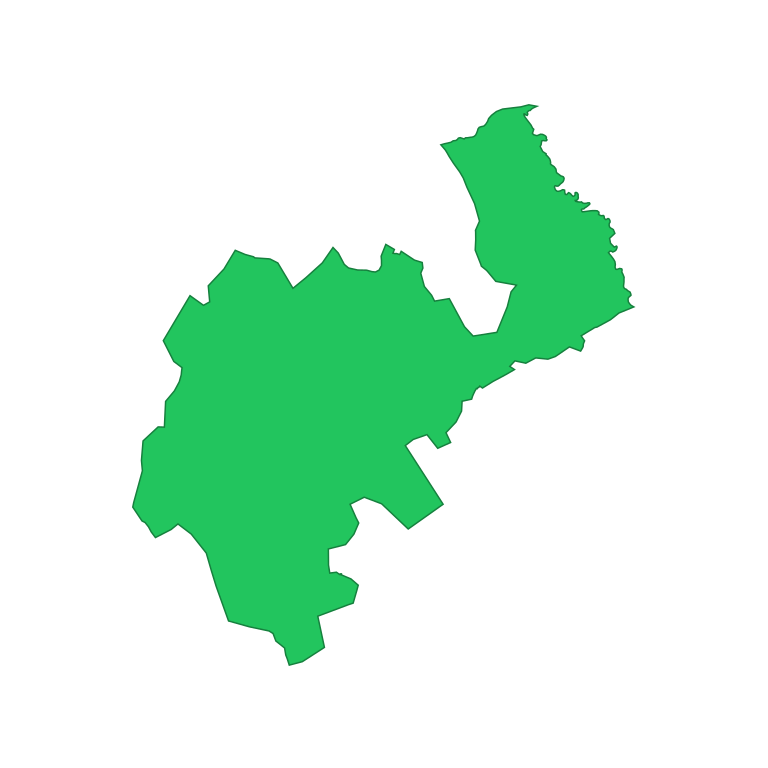 outline of Bunkure, Kano, Nigeria, rotated 328°
{"feature_id": "59680162B46455483877403", "entity_name": "Bunkure", "entity_type": "district", "adm_level": 2, "iso_a3": "NGA", "parent_name": "Nigeria", "parent_adm1": "Kano", "projection": "albers", "projection_center": [8.684, 11.668], "detail": "fine", "context": "isolated", "style": "filled", "palette": "green", "viewbox_px": 768, "rotation_deg": 328, "n_neighbors": 0, "source": "geoboundaries", "source_scale": "gbopen_adm2", "svg_char_len": 5199}
<svg xmlns="http://www.w3.org/2000/svg" viewBox="0 0 768 768"><g transform="rotate(328 384 384)"><path d="M169.7,300.7L149.5,304.6L137.8,320.3L133.1,329.6L108.8,352.0L105.7,355.3L106.2,371.9L108.0,374.9L108.4,378.6L108.6,380.4L108.2,386.1L108.8,393.1L126.4,394.6L135.1,393.5L141.0,409.1L143.7,433.2L138.8,450.4L134.5,466.5L126.6,502.6L141.1,518.5L155.6,532.5L157.7,536.8L156.1,544.7L157.7,549.1L159.8,555.2L157.1,561.7L156.3,565.9L154.7,572.2L167.6,576.2L193.9,575.8L204.8,545.8L236.9,552.3L241.7,553.5L251.5,544.7L255.5,541.0L252.7,531.8L249.3,527.0L248.0,525.1L246.9,523.6L247.3,522.5L246.4,521.9L245.9,522.5L245.5,522.2L243.9,518.4L237.8,515.6L241.0,508.1L244.7,502.1L249.4,494.4L266.3,499.8L278.9,495.4L288.9,488.5L289.4,482.6L291.5,468.0L307.2,469.5L318.5,484.3L327.7,519.8L370.4,517.3L369.4,447.5L379.4,446.5L393.6,449.7L395.5,467.0L409.5,468.9L410.8,458.1L425.0,454.4L435.4,448.1L441.1,440.0L450.3,443.3L452.6,441.3L454.6,439.9L457.4,438.1L460.0,436.8L460.5,437.4L461.6,436.9L462.7,437.1L463.2,436.8L464.1,436.5L464.6,437.8L465.4,439.6L477.9,439.6L492.8,440.6L502.3,440.9L500.0,435.7L507.3,433.8L515.3,441.5L526.5,442.3L536.2,449.8L543.9,451.5L560.9,450.8L568.2,460.3L570.0,459.4L571.7,458.5L572.7,457.8L573.5,456.8L574.1,455.9L575.0,455.1L577.0,453.7L576.8,450.0L576.8,447.6L592.7,447.8L594.8,448.6L610.1,449.5L620.9,448.3L636.7,451.0L636.0,449.7L635.1,447.9L634.9,446.9L634.8,445.7L634.7,444.0L635.2,442.8L635.9,441.4L636.7,440.5L637.6,440.1L640.4,439.7L640.9,438.8L641.4,436.5L640.0,433.7L639.8,432.3L638.7,430.8L638.5,429.3L639.0,427.9L641.6,424.6L643.3,421.9L644.2,420.7L644.8,417.4L645.0,415.1L646.4,413.4L646.6,412.3L645.1,410.9L642.3,410.3L641.4,409.5L641.8,407.4L643.5,405.3L644.7,402.5L644.8,399.8L644.5,396.1L643.9,391.6L646.2,391.1L647.3,392.0L647.9,393.3L649.2,393.5L650.4,393.6L651.9,393.3L653.2,392.4L654.0,391.7L654.4,390.8L654.2,390.2L651.8,389.9L650.7,384.7L652.5,380.0L659.6,378.6L660.3,374.6L659.5,372.9L658.8,371.8L658.5,370.3L659.1,368.5L659.9,367.5L660.3,367.1L661.4,366.6L662.1,365.5L662.3,364.3L662.2,362.9L661.4,362.3L660.3,362.3L659.3,362.2L658.6,360.4L659.2,359.2L659.6,358.2L659.2,357.2L657.8,356.7L656.8,355.7L655.8,353.9L656.7,353.2L657.3,352.2L656.6,350.1L655.0,348.9L652.6,347.4L650.8,346.5L646.8,344.7L644.6,343.7L643.4,343.0L643.4,341.7L643.9,340.7L644.9,340.6L645.7,341.2L646.5,341.4L647.4,341.1L649.6,341.1L651.6,340.9L652.9,340.7L653.8,340.5L654.2,340.0L654.2,339.2L653.0,338.4L651.5,338.0L649.6,337.0L648.8,336.2L648.4,335.7L648.0,334.2L646.9,333.8L645.5,332.7L644.2,331.6L643.3,330.6L643.4,329.7L644.7,330.3L646.1,330.1L647.4,329.2L648.1,327.7L649.1,326.1L649.2,324.7L648.8,323.7L648.0,323.1L647.2,323.2L646.7,324.3L645.9,325.1L644.5,325.3L643.7,325.0L643.3,323.6L643.1,321.9L642.6,320.4L641.9,319.5L639.4,320.2L638.3,319.3L638.7,317.6L639.9,315.3L639.4,314.6L638.3,313.8L636.9,313.8L635.7,313.6L634.2,313.1L633.0,312.3L632.5,311.1L632.3,309.8L632.6,308.6L632.9,307.4L633.7,306.6L634.6,306.8L635.2,307.6L636.4,308.4L637.9,308.3L639.7,307.8L641.8,307.6L643.1,307.3L644.7,306.2L645.8,304.9L645.9,303.4L645.1,302.2L644.3,301.3L643.3,298.7L642.4,296.4L642.6,295.3L643.0,294.5L643.7,292.9L643.5,290.1L642.8,288.3L642.1,286.9L641.8,285.5L642.6,284.6L643.3,283.0L643.8,281.1L643.6,279.0L643.3,277.2L642.8,275.6L643.5,274.7L641.8,271.0L642.3,265.3L644.0,264.4L646.2,261.8L646.5,261.4L648.1,261.9L649.3,263.0L650.5,263.7L651.6,263.4L651.6,261.7L652.5,260.8L652.5,259.6L652.0,258.3L650.8,256.4L649.1,255.1L647.7,254.9L645.9,254.6L645.0,254.2L643.0,251.9L642.7,250.1L644.5,248.6L646.0,247.3L645.6,245.9L645.9,242.2L645.2,235.0L645.0,231.6L645.3,230.0L645.6,229.2L646.4,229.4L646.9,231.1L647.8,232.1L649.0,231.3L649.4,229.5L651.1,229.0L651.9,229.0L652.9,229.5L654.9,229.0L657.0,229.0L660.8,229.5L654.8,224.0L646.9,221.5L638.4,217.5L630.3,213.7L623.7,212.5L617.6,213.1L613.5,214.3L611.0,216.2L607.8,217.7L605.3,218.2L602.9,217.3L600.8,216.8L598.9,217.5L597.5,218.8L595.8,220.1L593.8,221.4L591.8,221.8L589.7,221.4L587.9,220.5L585.5,219.5L583.5,218.4L581.9,218.7L580.7,217.3L579.2,215.5L577.4,214.9L575.8,215.5L574.1,215.6L571.5,214.4L569.0,214.5L565.9,213.5L562.6,212.3L559.0,211.3L560.0,218.0L560.0,221.5L559.8,225.6L559.9,233.6L560.6,244.3L560.4,251.3L558.6,261.0L556.4,279.0L551.3,296.5L543.0,302.2L542.3,303.6L538.2,310.3L532.3,318.8L529.5,333.9L529.0,335.6L531.1,341.7L531.4,343.1L533.2,356.2L539.9,362.3L547.0,368.7L547.4,369.1L548.7,370.4L540.6,373.2L529.4,383.9L507.1,400.0L485.0,390.6L484.9,390.2L482.6,378.1L484.6,346.2L470.8,340.5L471.4,334.0L469.9,322.7L473.9,309.5L478.4,306.3L480.8,301.2L475.5,295.1L468.9,280.6L465.9,282.5L464.1,280.4L463.8,280.1L463.5,279.8L462.6,279.4L462.3,279.2L460.9,277.8L464.1,275.4L459.5,266.6L449.3,274.1L447.4,277.8L444.6,282.3L440.2,284.8L436.1,284.5L433.3,282.3L429.6,278.3L422.1,273.4L415.4,266.8L413.7,261.5L414.6,248.7L413.1,241.2L395.9,248.6L373.9,252.5L357.5,254.6L358.1,225.1L353.6,217.6L353.1,217.3L352.9,217.0L341.3,208.6L340.8,207.0L334.9,200.6L328.7,191.8L309.2,201.7L287.0,207.6L279.7,222.0L272.6,221.6L266.3,206.3L219.8,230.3L217.7,253.5L221.4,263.1L219.5,265.4L216.8,268.9L211.5,273.7L206.6,276.5L202.5,278.8L189.6,283.0L174.9,304.2L169.7,300.7Z" fill="#22c55e" stroke="#15803d" stroke-width="1.5"/></g></svg>